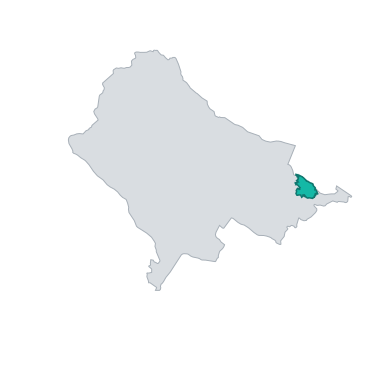 Kasenga, Katanga, Democratic Republic of the Congo (highlighted), rotated 304°
{"feature_id": "63176286B77262619841164", "entity_name": "Kasenga", "entity_type": "district", "adm_level": 2, "iso_a3": "COD", "parent_name": "Democratic Republic of the Congo", "parent_adm1": "Katanga", "projection": "equal_earth", "projection_center": [28.249, -10.367], "detail": "fine", "context": "in_parent", "style": "filled", "palette": "teal", "viewbox_px": 384, "rotation_deg": 304, "n_neighbors": 0, "source": "geoboundaries", "source_scale": "gbopen_adm2", "svg_char_len": 7556}
<svg xmlns="http://www.w3.org/2000/svg" viewBox="0 0 384 384"><g transform="rotate(304 192 192)"><path d="M288.2,251.8L268.5,256.0L268.9,257.5L268.7,259.1L268.2,260.3L266.1,263.6L263.2,266.6L263.2,267.3L264.6,270.7L265.6,275.3L265.4,283.4L265.8,285.6L265.7,287.3L264.7,289.2L262.7,298.9L264.0,303.6L267.9,308.0L270.2,311.3L274.0,312.5L274.6,312.3L274.9,309.6L277.9,308.5L277.9,325.8L277.7,326.8L277.1,327.0L276.4,326.5L276.2,324.8L275.4,324.1L271.6,326.2L270.7,326.2L269.6,325.8L268.9,324.9L268.7,323.6L266.0,318.6L264.7,318.2L263.3,313.7L257.4,310.4L255.1,310.1L254.0,309.1L252.8,305.5L250.8,303.2L250.4,300.7L250.0,300.3L248.8,300.8L247.8,304.9L246.4,305.8L244.0,305.9L238.0,304.7L233.6,302.6L232.5,302.8L230.8,300.9L230.0,297.8L230.4,295.4L230.1,295.0L223.5,297.1L221.9,298.3L220.4,298.0L220.0,297.3L220.6,295.7L220.3,293.9L219.8,293.0L217.8,292.4L217.2,290.5L216.0,290.2L215.6,290.5L215.3,291.8L214.6,292.2L210.7,291.6L206.6,293.3L201.1,292.8L198.5,294.9L198.1,294.8L197.5,293.8L197.0,290.5L197.3,289.6L198.1,288.9L198.4,287.6L198.1,284.2L198.3,283.4L198.0,281.4L197.1,278.3L196.0,275.7L193.5,271.9L193.0,270.1L193.1,265.8L193.9,259.0L193.8,253.9L192.7,250.6L192.5,247.1L193.1,240.7L192.5,239.1L179.9,238.6L179.4,238.1L179.2,237.2L179.7,233.5L172.1,234.4L169.8,235.2L168.4,236.7L167.9,238.6L167.9,241.4L166.8,244.0L166.5,248.5L164.4,249.0L162.2,249.0L158.2,248.1L154.2,249.3L152.3,250.5L151.3,250.0L147.7,250.4L147.2,250.1L143.1,241.3L141.2,238.3L140.9,236.9L141.0,235.5L140.5,233.7L138.6,229.1L138.2,227.0L138.3,223.7L138.0,222.6L136.3,219.7L135.2,218.8L133.9,218.3L113.4,218.7L106.6,218.1L101.7,218.5L99.2,218.3L98.5,217.9L96.2,218.5L95.1,219.7L93.3,220.3L92.2,220.0L90.0,216.7L92.9,216.2L93.1,215.8L93.3,208.0L92.5,206.8L94.0,205.5L96.5,202.0L98.9,200.8L99.2,200.1L99.8,200.1L100.7,201.6L102.8,203.5L105.4,201.8L105.7,201.3L106.0,197.9L106.6,197.6L107.7,198.4L108.4,198.4L109.5,197.4L112.8,195.7L113.8,197.9L112.9,199.8L113.3,201.2L113.4,203.4L114.0,203.9L116.6,204.1L117.4,203.6L122.5,195.8L123.9,194.9L126.1,191.8L129.0,190.4L130.2,188.0L131.9,183.7L132.6,177.4L132.3,166.6L132.6,165.1L136.0,160.2L139.7,151.3L142.1,149.0L143.9,148.1L146.8,144.8L149.0,141.6L148.7,137.6L149.2,134.4L150.5,130.3L150.9,125.9L150.4,121.3L150.6,117.5L152.3,111.5L152.5,104.6L154.0,98.8L157.0,91.4L158.4,85.9L158.2,80.5L158.6,76.5L158.4,74.2L157.9,72.2L158.2,70.9L159.3,70.4L160.7,68.3L163.3,63.0L166.0,60.4L167.9,59.6L169.9,59.7L171.2,60.2L173.3,62.3L175.7,63.9L177.5,66.0L179.2,69.2L183.5,69.9L185.3,71.1L186.4,71.5L186.8,71.2L187.7,71.4L189.7,72.4L191.3,71.8L199.1,73.9L200.0,72.9L202.3,67.4L203.9,65.5L206.6,65.3L208.7,66.3L209.8,66.3L219.5,61.6L220.7,61.3L224.3,62.5L226.5,61.7L227.5,61.9L229.4,61.1L231.1,57.8L232.4,57.0L246.3,60.6L248.4,58.8L249.4,58.6L252.5,59.9L253.4,61.9L255.3,63.7L256.6,66.6L258.7,68.2L259.7,69.8L260.9,70.8L263.5,71.2L266.7,68.6L268.9,68.9L271.2,70.3L272.0,70.2L273.7,68.7L274.6,67.1L275.5,66.7L276.8,67.4L277.9,69.0L278.9,71.2L282.4,76.2L285.7,78.3L286.6,81.3L287.8,81.0L288.4,81.3L289.3,83.2L289.9,83.6L290.0,84.4L289.2,86.2L288.4,89.7L289.4,91.9L288.5,95.0L288.1,98.2L289.2,99.0L290.6,98.9L291.9,100.6L292.9,100.9L294.0,102.6L293.7,104.1L290.4,109.3L285.4,115.7L283.8,116.5L282.9,117.7L282.3,119.6L280.8,121.2L279.7,121.8L279.6,126.4L277.9,131.2L277.3,132.2L276.4,140.0L276.5,141.4L275.6,147.8L275.8,153.7L273.4,155.6L271.7,158.5L271.0,160.5L271.0,165.3L268.3,168.3L268.1,169.0L268.7,172.4L269.7,172.9L269.8,174.1L272.0,177.7L271.9,189.0L272.0,190.1L273.1,192.8L273.9,197.9L273.0,204.4L276.1,216.2L274.7,220.6L275.4,224.7L277.2,229.1L281.4,233.4L282.5,235.2L283.6,237.5L284.6,241.2L288.2,251.8Z" fill="#d9dde1" stroke="#a8b0b8" stroke-width="1"/><path d="M253.5,294.1L254.1,295.5L254.3,295.6L254.6,295.7L254.9,295.6L255.0,295.8L255.3,295.9L255.5,295.9L255.8,295.9L255.9,296.3L256.0,296.4L256.3,296.2L256.6,296.1L256.9,296.0L256.9,295.9L257.0,295.8L257.1,295.7L257.3,295.8L257.5,295.8L257.8,296.2L258.1,295.8L258.3,295.8L258.4,296.0L258.5,296.1L258.8,296.3L259.0,296.2L259.0,295.4L259.1,295.2L259.6,295.4L260.1,295.5L260.2,295.9L260.2,296.5L260.4,296.6L260.5,297.1L260.7,297.3L260.8,297.3L261.3,296.2L261.5,295.9L261.9,295.8L262.0,295.7L262.1,295.4L262.2,294.8L262.8,294.1L263.1,293.2L262.8,292.8L262.6,292.6L262.8,292.5L262.9,292.4L263.0,292.4L263.1,292.2L263.1,292.3L263.3,292.2L263.4,292.3L263.5,292.4L263.7,292.2L263.8,292.1L264.0,291.7L264.0,291.8L264.1,291.7L264.4,291.4L264.5,291.5L264.6,291.3L264.7,290.6L264.7,290.2L264.8,289.6L265.1,289.3L265.1,289.1L265.3,288.9L265.4,288.5L265.5,288.3L265.6,288.2L265.9,288.2L266.0,287.9L266.0,287.6L266.2,287.4L266.3,287.4L266.3,287.2L266.2,286.8L266.0,286.6L266.0,286.4L266.0,286.2L266.0,285.8L266.0,285.7L265.7,285.4L265.6,285.1L265.7,284.7L265.7,284.1L265.7,283.8L265.5,283.1L265.5,282.8L265.6,282.5L265.7,282.2L265.6,281.9L265.4,281.8L265.3,281.4L265.1,281.1L265.1,280.7L265.3,280.5L265.4,280.3L265.4,280.1L265.5,280.1L265.5,279.9L265.5,279.7L265.7,279.0L265.7,278.6L265.8,278.3L265.9,277.8L265.9,277.6L266.1,276.8L266.2,276.3L266.2,275.9L266.1,275.5L266.2,275.2L266.3,275.0L266.3,274.9L266.2,274.7L266.1,273.6L266.0,273.2L265.9,272.4L265.9,271.8L265.6,270.7L265.1,269.3L265.0,269.5L264.9,269.5L264.7,269.6L264.8,269.6L264.7,269.8L264.6,269.7L264.4,269.6L264.5,269.5L264.5,269.3L264.6,269.2L264.5,268.9L264.4,268.9L264.4,269.0L264.4,268.9L264.3,269.0L264.2,268.9L264.3,268.6L264.2,268.6L264.2,268.8L264.1,269.1L264.1,269.4L264.2,269.6L264.2,269.9L264.1,270.0L264.3,270.0L264.5,269.9L264.5,270.0L264.5,270.3L264.6,270.6L264.8,270.5L264.8,270.4L264.9,270.5L264.9,270.8L264.8,270.7L264.7,270.7L264.8,270.6L264.7,270.6L264.7,270.8L264.8,270.7L264.8,270.8L264.8,271.0L264.8,271.3L264.8,271.5L264.7,271.5L264.8,271.6L264.7,271.8L264.5,271.7L264.4,271.5L264.4,271.4L264.4,271.2L264.5,271.2L264.6,270.9L264.4,270.9L264.2,270.9L263.9,270.8L263.7,270.9L263.5,271.1L263.4,271.5L263.4,271.8L263.3,272.4L263.2,272.4L262.9,272.3L262.5,272.7L262.1,272.9L261.9,272.9L261.7,272.8L261.7,272.5L261.3,272.5L260.7,272.6L260.2,272.5L260.5,273.2L260.5,273.3L260.4,273.4L260.2,273.4L260.0,273.2L259.9,273.3L259.8,273.5L259.8,274.0L259.7,274.4L259.5,274.2L259.2,273.9L259.0,273.7L258.9,273.4L258.7,273.3L258.3,273.7L258.1,273.9L257.6,273.0L257.4,272.4L257.2,272.5L257.0,272.8L256.9,272.9L256.8,273.1L256.7,273.3L256.7,273.8L256.6,274.2L256.3,274.2L256.7,274.8L256.8,275.2L256.8,276.1L256.6,276.9L256.4,277.6L256.3,278.0L256.1,278.4L256.1,279.1L255.5,279.1L255.1,279.2L254.6,279.8L254.2,279.6L253.9,279.3L253.9,279.2L254.1,278.7L254.3,278.3L254.3,278.0L254.3,277.8L254.2,277.6L253.7,277.6L253.4,277.4L253.2,277.4L253.0,277.5L252.6,277.5L252.2,277.6L251.8,277.5L251.5,277.6L251.4,277.8L251.0,278.4L250.7,278.6L250.3,278.6L249.2,279.0L248.8,279.1L248.4,280.1L248.2,280.3L248.0,280.7L248.0,280.8L248.3,281.3L248.9,281.9L249.1,282.0L249.4,282.3L249.6,282.7L250.0,283.4L250.3,283.8L250.2,283.9L249.7,284.6L249.4,285.1L249.4,285.3L249.3,285.5L249.2,285.6L249.0,285.8L249.3,285.9L249.5,285.9L249.7,286.0L249.8,286.0L250.0,286.2L250.0,286.3L250.3,286.4L250.5,286.4L250.9,286.1L251.0,286.0L251.1,285.8L251.5,285.6L251.8,285.7L251.8,285.8L251.8,286.1L251.5,286.4L251.6,286.5L251.9,286.7L252.1,286.8L252.3,286.7L252.4,286.8L252.2,287.0L252.2,287.3L252.2,287.5L251.9,287.6L251.8,287.8L251.6,287.7L251.6,287.8L251.4,287.7L251.3,287.8L251.3,288.0L251.3,288.3L251.5,288.4L251.6,288.5L251.8,288.7L251.7,289.1L251.5,289.3L251.4,289.7L251.5,289.8L251.4,290.0L251.5,290.2L251.5,290.3L251.6,290.8L251.6,291.1L251.8,291.6L252.0,291.7L252.4,291.9L252.6,292.1L253.5,294.1Z" fill="#14b8a6" stroke="#0f766e" stroke-width="1.5"/></g></svg>